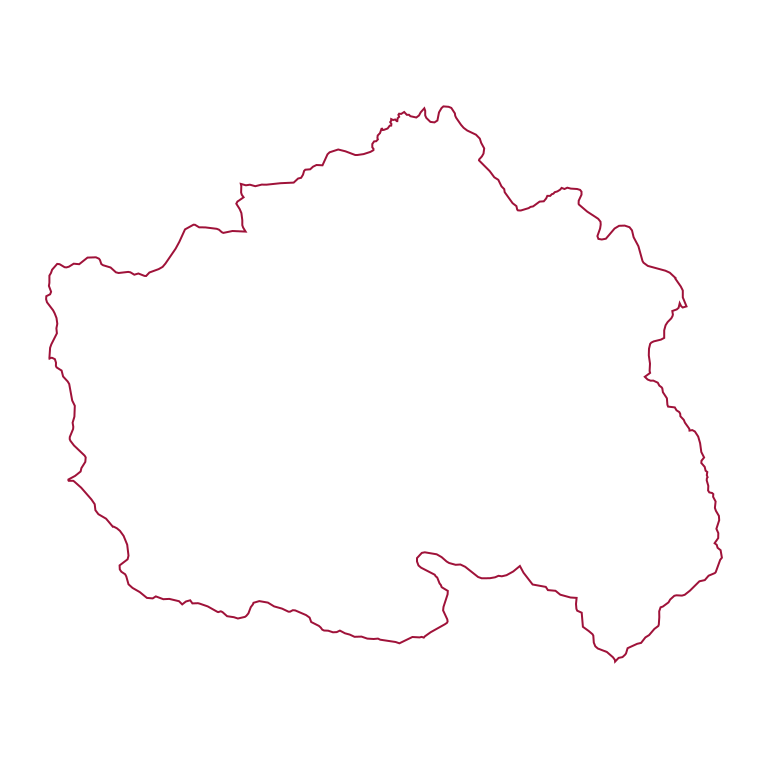 Van Ban, Lào Cai, Vietnam
{"feature_id": "81297802B34365172713310", "entity_name": "Van Ban", "entity_type": "district", "adm_level": 2, "iso_a3": "VNM", "parent_name": "Vietnam", "parent_adm1": "Lào Cai", "projection": "albers", "projection_center": [104.242, 22.064], "detail": "fine", "context": "isolated", "style": "outline", "palette": "rose", "viewbox_px": 768, "rotation_deg": 0, "n_neighbors": 0, "source": "geoboundaries", "source_scale": "gbopen_adm2", "svg_char_len": 6061}
<svg xmlns="http://www.w3.org/2000/svg" viewBox="0 0 768 768"><path d="M240.8,183.9L241.3,186.1L241.1,192.5L241.8,194.8L243.6,197.3L237.4,201.6L236.3,203.7L239.7,209.1L241.4,213.1L242.3,220.2L242.3,225.2L243.1,227.5L245.6,231.6L232.5,231.0L223.3,232.9L221.8,232.2L219.0,229.7L216.7,228.8L205.3,227.4L199.1,227.3L195.0,224.8L193.5,224.7L185.0,229.4L179.3,241.9L175.6,248.7L165.4,263.6L162.6,266.9L158.7,269.1L149.4,272.5L146.1,276.0L144.5,275.9L138.4,273.5L134.3,274.7L130.4,272.3L128.2,271.9L118.6,273.0L115.9,272.3L110.6,267.5L103.0,265.2L101.3,264.0L100.0,260.1L99.0,258.7L95.9,257.3L87.5,257.6L79.2,264.2L73.7,263.7L68.9,266.7L66.4,267.4L64.6,267.2L59.6,264.2L57.2,263.9L52.1,269.7L51.0,272.9L49.4,275.6L49.4,282.9L48.9,285.9L51.1,291.8L50.1,294.3L46.3,296.2L46.1,299.2L47.0,302.3L53.1,310.3L54.7,313.4L56.5,318.0L57.3,323.8L56.4,328.3L56.9,333.3L51.3,344.4L50.1,347.8L49.4,358.1L49.5,358.6L51.1,357.8L52.3,357.9L54.9,359.2L56.0,362.7L55.9,365.9L56.6,367.4L61.6,370.6L63.1,376.5L67.7,381.5L69.2,384.0L72.2,400.5L74.8,405.8L74.4,416.7L72.6,422.7L73.3,426.8L73.1,429.0L69.8,437.0L69.7,439.1L70.4,440.8L74.0,445.5L84.6,455.6L85.7,457.4L85.3,461.9L81.4,468.1L80.6,471.5L75.1,475.9L68.4,479.5L68.4,480.4L68.7,480.8L73.2,480.8L74.1,481.4L81.2,487.7L91.4,499.4L94.7,504.2L95.4,510.2L98.4,514.2L106.1,518.7L112.9,526.8L113.6,526.6L116.9,528.3L119.9,530.8L123.6,535.9L127.2,544.7L128.5,555.7L127.6,559.3L119.6,565.4L119.8,569.4L121.3,571.7L125.2,574.3L126.3,576.5L128.5,584.3L132.5,587.9L139.8,592.1L146.9,597.9L152.7,598.4L155.8,596.4L163.3,599.2L169.3,598.9L179.0,601.2L182.2,604.4L185.9,601.5L190.2,600.3L192.4,603.4L198.0,603.2L199.6,603.6L207.7,606.4L217.5,611.9L218.2,612.1L220.8,611.3L222.5,612.1L227.1,616.2L233.9,617.2L237.9,618.5L244.9,616.9L246.3,615.9L248.4,613.4L250.8,607.1L252.9,604.4L253.5,602.8L259.3,601.1L267.9,602.6L274.1,606.4L282.0,608.6L288.5,611.7L290.0,611.7L292.8,610.2L295.2,610.4L306.1,615.1L309.6,617.6L311.2,622.0L318.9,625.9L320.7,627.5L322.2,629.6L324.0,630.5L328.2,630.7L333.0,632.3L336.7,632.1L339.9,630.6L345.0,633.3L349.8,634.6L354.5,636.8L361.5,636.6L367.3,638.6L373.7,639.0L378.0,638.6L380.2,639.7L395.6,642.0L399.4,643.3L412.4,637.0L419.5,637.4L421.7,636.9L423.8,637.6L424.8,636.4L430.7,632.2L445.0,624.2L447.0,622.8L447.6,621.5L447.3,619.4L443.1,610.4L443.5,606.9L447.6,594.3L447.8,590.9L441.7,587.2L440.8,584.9L439.6,583.5L437.2,577.5L435.7,576.3L434.7,574.7L421.1,567.7L418.5,565.5L417.0,561.5L417.0,558.1L421.8,552.9L424.8,552.3L436.7,554.3L441.6,557.1L446.6,561.5L449.1,563.0L455.6,564.8L460.4,564.5L465.2,566.8L478.1,577.0L481.8,578.3L489.9,578.2L495.1,577.3L498.5,575.8L501.8,576.3L506.5,575.2L513.2,571.5L519.9,566.0L523.5,572.7L532.6,584.5L545.8,586.9L547.9,590.1L555.5,590.8L560.3,594.7L570.5,597.5L576.6,597.9L576.0,604.0L576.4,608.8L577.2,610.7L581.7,612.7L582.9,626.8L588.7,631.0L592.5,634.2L593.3,635.6L593.8,642.6L595.3,646.3L597.8,648.5L606.9,652.0L613.0,657.3L614.9,659.9L615.1,661.6L618.6,657.9L622.5,657.1L625.0,654.8L626.0,653.5L627.6,648.2L637.2,643.8L641.1,642.9L645.4,637.4L649.1,635.1L654.4,628.9L658.3,626.0L658.8,624.6L659.3,617.2L659.2,611.3L660.6,607.3L662.8,606.6L668.5,602.4L670.2,599.5L674.3,595.8L676.4,595.3L682.0,595.6L684.7,594.8L689.9,590.7L699.4,581.3L704.8,580.1L708.6,575.7L714.8,573.1L715.7,572.2L720.2,559.8L721.9,557.7L720.6,550.2L717.6,547.8L716.7,544.8L714.6,543.2L718.2,538.1L718.3,533.1L716.4,528.8L719.2,520.2L718.9,515.9L715.9,510.8L714.9,507.9L715.6,501.5L713.1,496.8L713.3,494.1L712.1,493.0L709.3,492.4L708.1,490.5L708.3,485.9L706.7,480.3L706.9,478.2L707.6,477.3L706.8,475.1L707.3,472.0L705.6,470.7L704.7,466.9L701.3,463.0L701.5,460.7L704.1,457.5L701.3,452.0L700.1,443.2L698.2,436.6L694.9,431.5L692.3,430.1L689.5,430.6L689.3,428.8L684.9,422.6L683.8,419.9L680.4,416.3L680.2,413.8L679.3,412.1L676.5,410.3L674.8,407.4L668.1,406.6L667.4,404.8L666.9,398.3L662.9,392.2L662.3,388.4L661.6,387.3L659.3,385.6L657.8,382.7L653.3,380.6L650.6,380.7L647.6,379.5L644.8,376.8L650.1,372.9L649.6,371.0L650.0,363.6L648.8,355.4L649.0,348.7L650.2,343.8L651.3,342.6L653.7,341.4L661.0,339.6L664.2,337.9L664.2,330.3L665.6,325.2L667.6,322.1L671.3,318.3L672.5,316.1L672.9,314.6L672.3,311.0L676.8,309.4L678.6,307.8L679.7,303.2L681.1,306.1L682.7,307.5L686.5,306.4L682.8,297.4L682.8,290.5L680.8,286.5L675.3,278.6L675.6,278.1L669.8,272.7L665.4,270.7L647.8,265.9L643.5,262.7L642.5,261.0L638.4,246.2L633.6,237.2L632.0,230.4L629.5,227.2L624.7,225.6L619.1,225.8L614.6,228.5L605.9,238.7L601.8,239.5L598.4,238.9L597.4,236.1L600.1,228.5L600.7,224.6L600.5,221.7L598.2,218.8L587.2,211.6L579.0,204.6L578.6,203.9L578.7,200.7L581.5,194.7L581.5,191.7L580.1,189.9L577.1,189.0L570.8,188.6L567.3,187.7L564.5,189.0L561.6,187.9L560.1,189.7L557.4,191.4L554.7,192.2L553.4,193.7L551.8,194.2L550.2,195.9L547.3,195.9L546.2,198.4L543.8,201.3L539.6,201.6L533.1,206.4L530.5,206.9L528.7,208.1L520.8,210.5L518.0,210.4L517.2,209.6L516.4,206.1L512.6,203.2L504.7,192.2L504.2,189.1L501.5,186.4L498.3,179.8L494.3,177.3L489.7,171.1L479.0,160.4L479.2,159.4L481.9,156.4L483.5,153.6L484.2,148.4L481.2,142.9L479.8,138.6L476.0,134.7L467.2,130.5L463.6,127.8L461.0,124.8L456.1,117.7L455.2,115.7L454.9,113.4L451.3,107.9L448.6,106.8L443.4,106.4L441.5,108.1L439.0,112.4L437.4,120.5L434.5,122.4L430.4,121.9L426.3,117.9L425.2,115.4L425.2,110.8L424.3,108.3L420.7,112.3L419.0,115.5L416.3,117.5L410.4,116.2L409.0,114.8L406.8,114.8L404.2,112.0L401.2,113.9L399.1,113.7L398.4,114.8L399.2,116.8L397.6,118.3L397.3,121.1L396.7,121.1L395.2,119.5L393.1,120.0L391.2,119.1L391.1,120.9L390.2,122.1L391.4,123.9L391.2,125.6L389.7,125.7L387.6,128.5L383.8,129.9L382.7,130.0L382.1,128.7L381.5,128.8L380.0,133.1L377.7,135.5L377.4,138.0L377.9,139.4L376.2,141.2L374.1,141.4L372.3,144.0L372.3,147.3L373.5,148.9L373.4,150.2L370.4,151.9L363.6,154.1L357.3,155.0L355.2,155.0L345.4,151.3L338.2,149.5L329.6,152.3L327.5,154.3L322.5,165.3L316.5,165.0L313.0,166.7L310.2,169.3L305.3,169.7L304.1,170.9L303.0,174.7L301.1,177.8L298.1,178.5L293.7,182.6L280.6,183.2L266.3,184.7L261.7,184.6L255.3,186.2L249.9,184.7L245.9,185.3L240.8,183.9Z" fill="none" stroke="#9f1239" stroke-width="2"/></svg>